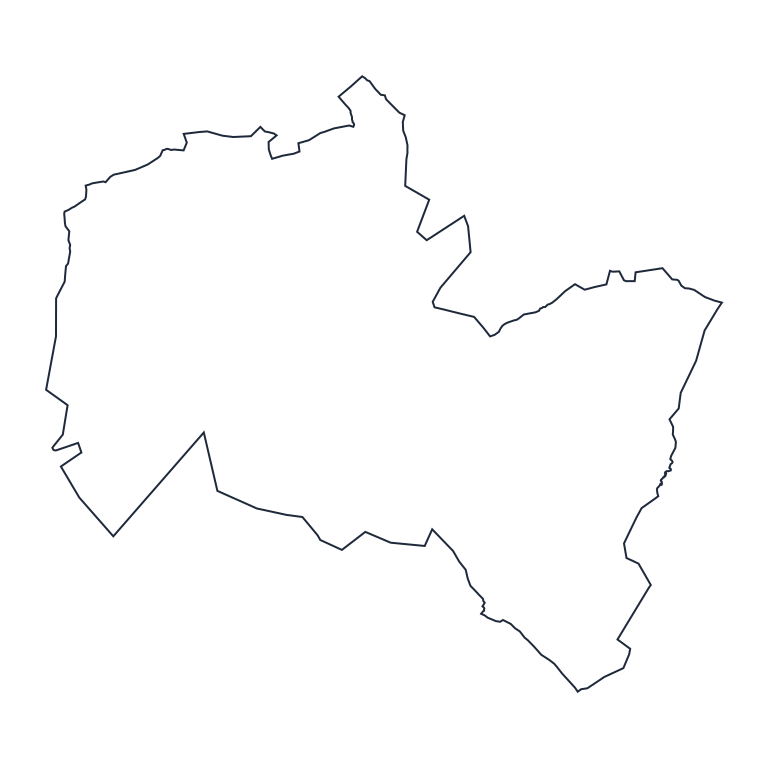 Fika, Yobe, Nigeria
{"feature_id": "59680162B28106531466158", "entity_name": "Fika", "entity_type": "district", "adm_level": 2, "iso_a3": "NGA", "parent_name": "Nigeria", "parent_adm1": "Yobe", "projection": "albers", "projection_center": [11.32, 11.337], "detail": "fine", "context": "isolated", "style": "outline", "palette": "slate", "viewbox_px": 768, "rotation_deg": 0, "n_neighbors": 0, "source": "geoboundaries", "source_scale": "gbopen_adm2", "svg_char_len": 4158}
<svg xmlns="http://www.w3.org/2000/svg" viewBox="0 0 768 768"><path d="M362.2,76.3L350.7,86.6L338.6,96.7L344.8,103.9L349.1,108.6L350.6,111.0L350.5,112.5L352.0,117.1L352.0,119.8L352.6,121.0L352.6,122.2L353.8,123.4L354.1,124.8L353.3,126.8L349.2,125.5L340.3,127.2L334.0,128.4L328.4,130.4L326.0,131.3L323.0,132.3L320.4,133.0L317.9,134.6L309.0,140.2L298.4,143.2L299.5,151.5L293.8,153.7L282.6,155.7L272.1,158.8L270.6,155.1L268.8,149.4L268.6,142.0L276.6,135.4L273.9,133.5L268.7,132.2L265.0,131.5L263.6,130.2L260.4,126.9L250.9,136.2L233.3,137.0L222.5,135.7L207.2,131.4L199.5,132.0L183.7,133.9L186.8,142.6L183.6,150.4L178.2,149.9L174.8,149.6L172.9,149.6L172.1,149.9L171.4,150.0L167.5,148.8L166.5,149.0L165.8,149.2L164.4,150.0L162.7,150.2L160.2,155.9L157.6,158.1L147.7,164.5L135.1,169.9L113.7,174.7L110.2,176.9L105.6,182.2L103.3,181.5L94.6,182.9L91.7,183.5L89.6,184.5L85.7,185.6L86.4,189.6L86.0,196.6L85.1,199.4L81.0,202.1L78.4,203.9L74.5,206.6L72.2,207.6L68.3,210.0L64.6,211.6L64.2,213.8L64.5,217.0L64.6,218.3L64.9,222.8L65.5,226.3L69.3,231.3L68.4,240.2L70.2,244.9L69.6,248.1L70.2,251.6L69.3,256.7L69.0,258.1L68.1,263.5L67.3,264.5L66.0,266.1L65.3,273.6L64.9,278.7L64.7,281.6L60.6,289.5L59.0,292.6L57.4,295.7L56.1,298.4L56.0,329.1L56.0,336.3L46.1,389.8L67.6,405.2L66.3,413.1L62.8,434.6L52.4,447.6L53.2,449.6L54.2,450.2L55.8,450.5L78.1,442.9L81.4,452.5L60.9,466.5L79.3,497.6L98.8,519.8L113.3,536.3L203.8,432.5L217.4,490.9L256.9,508.5L286.5,514.9L302.4,517.0L317.7,535.4L320.3,540.0L341.9,549.9L365.3,531.9L390.7,542.7L423.1,545.8L424.7,546.0L432.2,529.3L453.1,551.0L459.2,561.6L465.7,569.8L467.8,578.8L470.5,585.9L475.3,590.8L478.7,594.5L483.0,598.9L483.3,601.0L484.2,602.0L484.7,602.6L484.4,603.2L482.5,606.4L483.9,607.5L484.1,608.2L484.3,608.7L484.0,609.7L484.1,610.7L483.6,610.9L482.9,611.5L482.4,612.4L481.4,613.3L481.1,613.8L484.7,615.4L487.7,617.7L492.3,619.6L495.8,621.1L499.6,621.7L500.0,621.8L503.0,620.0L508.5,622.8L510.7,623.9L515.1,628.3L519.8,631.4L524.6,637.6L528.0,640.4L534.3,646.9L541.3,654.8L549.2,659.9L554.2,663.7L557.7,667.9L562.1,673.5L575.0,687.7L577.7,691.7L581.2,689.2L587.3,688.3L596.5,682.2L604.2,677.0L623.4,668.1L629.2,654.2L630.2,648.8L617.5,639.5L648.8,587.8L650.8,585.0L638.5,563.6L626.5,558.0L624.0,543.4L636.3,517.8L641.4,508.5L641.5,508.2L656.7,497.4L656.9,497.2L658.3,496.2L657.4,493.3L656.9,489.3L657.3,488.1L659.4,485.9L660.3,484.5L660.5,483.7L660.8,483.6L661.2,483.8L661.2,484.6L661.2,484.8L661.4,484.9L661.7,484.7L661.8,484.2L661.9,483.6L661.8,482.0L661.5,481.3L661.1,481.1L660.8,480.7L660.8,480.3L661.0,480.0L661.6,479.2L662.5,478.5L662.8,478.2L662.9,477.7L663.2,477.4L663.8,477.3L664.0,477.1L664.0,476.8L664.1,476.6L664.4,476.5L664.7,476.6L664.9,476.5L665.1,475.8L665.5,475.7L665.6,475.4L665.5,475.1L665.0,475.2L664.9,475.2L665.1,474.6L665.9,474.3L666.0,474.0L665.8,473.6L666.1,473.2L665.9,472.9L665.2,473.0L665.0,472.9L665.1,472.4L665.6,471.8L666.9,471.1L668.6,471.2L669.7,470.7L670.7,470.5L670.9,469.2L669.3,467.8L670.0,465.9L670.5,464.3L672.0,463.2L672.6,462.1L672.2,461.0L670.3,459.1L671.1,456.0L675.4,447.8L675.9,441.8L674.6,438.4L672.8,434.6L673.1,429.9L673.1,426.8L669.5,419.3L678.7,408.5L680.7,392.9L696.1,360.8L704.6,330.5L717.5,309.1L721.9,302.6L714.4,300.6L704.9,297.0L694.2,289.9L689.0,288.5L684.9,288.2L681.3,285.6L678.6,280.7L677.1,279.8L672.2,279.4L662.5,268.2L635.6,272.3L634.7,281.1L625.8,281.1L623.9,280.2L619.3,271.4L618.6,271.4L613.3,271.7L611.7,271.5L610.0,270.8L606.4,284.4L594.8,287.0L584.7,289.7L575.0,284.2L565.2,291.1L556.6,299.2L552.3,302.6L549.4,304.2L547.6,304.6L546.4,305.9L545.2,307.0L543.0,307.1L542.0,308.0L540.1,308.6L539.0,310.8L535.5,312.3L523.8,314.5L518.9,318.4L516.7,319.8L514.3,320.3L507.8,322.5L504.9,323.9L502.4,325.8L500.6,328.4L498.8,331.9L494.5,334.9L490.1,336.4L483.0,327.3L474.1,316.9L460.7,313.7L443.4,309.4L434.5,307.3L432.7,301.8L440.5,287.6L470.6,252.2L468.1,226.3L464.2,215.8L426.7,240.2L417.1,231.8L429.2,199.7L405.2,185.9L406.4,159.3L407.5,152.7L407.4,150.0L407.5,145.4L405.8,137.4L403.2,130.7L402.8,122.0L404.7,115.2L399.4,112.7L386.1,99.3L384.8,95.3L380.8,94.8L375.2,88.9L369.6,81.2L367.0,80.2L365.4,78.4L362.2,76.3Z" fill="none" stroke="#1e293b" stroke-width="2"/></svg>